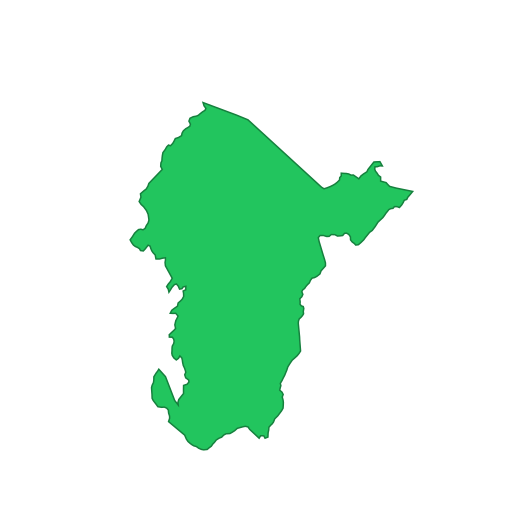 Paramirim, Bahia, Brazil, rotated 56°
{"feature_id": "56859067B35436689677217", "entity_name": "Paramirim", "entity_type": "district", "adm_level": 2, "iso_a3": "BRA", "parent_name": "Brazil", "parent_adm1": "Bahia", "projection": "albers", "projection_center": [-42.216, -13.498], "detail": "fine", "context": "isolated", "style": "filled", "palette": "green", "viewbox_px": 512, "rotation_deg": 56, "n_neighbors": 0, "source": "geoboundaries", "source_scale": "gbopen_adm2", "svg_char_len": 4544}
<svg xmlns="http://www.w3.org/2000/svg" viewBox="0 0 512 512"><g transform="rotate(56 256 256)"><path d="M290.1,90.0L278.0,101.9L273.0,106.3L270.3,106.8L267.9,107.1L265.7,109.0L263.6,110.8L260.2,108.5L257.6,109.4L255.0,109.3L252.4,109.5L250.4,109.0L248.6,107.5L249.8,105.5L250.5,102.9L252.0,100.9L247.1,100.5L245.1,103.8L244.0,105.7L246.2,112.7L246.9,114.8L248.2,117.0L248.1,121.0L248.3,124.2L249.5,127.6L243.3,130.0L242.1,132.0L239.9,133.2L238.1,135.0L236.3,137.4L235.0,139.0L237.3,140.6L237.8,142.7L239.7,144.3L240.3,147.4L240.5,150.2L240.4,152.3L240.0,155.4L239.2,159.0L238.3,162.0L235.7,163.2L138.6,186.5L128.1,193.5L99.2,214.1L102.5,215.1L105.6,215.0L106.7,216.8L106.6,219.8L106.8,222.8L107.1,225.1L106.7,227.2L105.4,230.2L104.9,233.7L106.7,236.2L110.0,236.6L111.4,238.3L111.4,240.7L111.2,243.0L111.6,246.2L112.8,248.6L114.6,250.4L114.4,254.1L113.5,257.2L115.0,259.8L116.1,262.1L116.8,265.2L115.1,266.5L115.6,269.0L117.0,271.8L118.2,275.3L120.3,277.4L122.4,279.2L124.5,280.8L125.6,282.7L128.4,284.9L131.8,285.3L135.9,304.2L137.7,306.6L139.1,309.6L139.2,312.0L139.8,317.0L142.9,318.5L144.2,320.4L145.5,322.4L149.0,322.4L152.3,321.6L154.7,321.5L157.2,321.4L161.1,322.1L163.4,323.2L166.4,324.7L168.4,327.2L169.4,329.8L171.1,332.5L171.1,335.0L169.4,336.5L168.4,338.6L168.7,341.2L169.2,343.9L170.9,347.7L172.2,351.3L175.5,351.6L178.4,351.5L180.7,350.7L182.5,349.5L184.8,348.5L186.9,348.7L188.8,346.6L188.2,343.9L187.4,341.5L186.7,339.4L188.6,338.3L190.9,339.0L193.4,339.5L195.6,339.5L198.8,339.0L202.5,340.6L204.5,337.7L205.5,334.8L206.8,332.1L208.7,333.3L210.5,335.0L213.5,336.6L227.6,337.9L229.4,341.5L230.2,344.4L231.4,347.2L234.5,347.3L237.3,348.4L236.3,346.0L235.0,343.2L234.1,339.6L234.7,337.6L237.6,337.3L240.7,337.9L241.7,335.7L240.9,333.7L241.9,331.1L244.7,333.1L244.3,336.0L246.4,336.9L249.1,338.6L250.6,341.5L251.1,344.1L251.4,346.8L253.7,349.2L253.7,352.6L253.9,356.2L255.5,359.1L257.2,356.9L258.6,354.6L262.2,354.2L263.6,356.5L264.8,358.7L267.7,361.8L271.1,363.2L271.7,365.4L272.1,368.2L272.7,371.9L274.8,373.2L276.5,370.8L278.8,370.7L280.8,371.5L282.5,373.1L283.9,375.8L285.4,377.1L287.8,378.8L289.6,380.2L291.5,381.0L294.6,381.1L297.6,380.2L297.5,377.5L296.3,375.0L299.0,374.5L301.1,375.3L303.1,376.3L306.1,377.5L308.7,377.9L310.7,378.4L313.1,379.2L314.6,381.5L317.7,382.4L321.0,381.2L322.9,382.0L323.8,384.8L322.8,388.4L325.9,390.6L329.5,393.0L330.7,396.9L331.8,400.3L333.7,402.5L336.1,403.8L330.3,404.2L305.4,398.5L295.5,399.9L296.4,401.8L297.2,404.2L299.0,408.2L301.6,410.0L303.6,411.8L305.1,414.4L306.7,416.2L309.6,417.9L312.4,419.5L315.9,421.7L318.2,422.0L320.2,421.9L323.4,421.7L326.1,421.6L328.7,418.8L330.0,416.5L332.2,415.1L334.6,414.8L337.4,416.3L340.2,417.1L342.2,418.3L344.4,421.1L364.6,415.3L368.8,416.1L371.8,416.1L374.8,415.3L376.7,414.6L378.6,413.7L380.6,412.0L383.3,411.0L385.7,409.5L387.4,407.8L389.1,404.6L388.8,402.3L388.7,399.4L387.7,396.9L387.3,394.8L386.3,391.8L386.4,388.4L387.0,385.8L386.4,383.0L386.6,380.3L388.6,376.9L388.8,374.6L388.9,371.4L388.4,367.9L389.4,364.9L390.2,362.5L391.2,360.1L393.2,358.2L396.2,358.2L408.8,355.3L407.6,352.7L409.4,350.1L412.1,350.4L412.8,347.4L409.3,344.8L407.3,342.7L405.2,341.1L404.5,338.4L404.2,336.4L403.4,334.3L401.5,331.6L400.7,327.4L399.5,323.9L398.6,321.3L397.3,318.7L394.9,316.8L392.7,315.2L390.5,314.1L387.6,313.1L386.0,310.9L383.3,310.6L380.5,311.4L378.7,309.5L377.4,307.9L375.2,307.1L373.8,304.1L372.5,301.9L370.9,298.9L369.4,296.7L367.9,294.4L365.7,291.6L364.0,287.8L362.6,284.2L362.2,281.0L361.7,277.6L360.8,274.7L359.7,272.2L350.0,266.7L347.4,265.1L339.3,260.7L335.3,258.5L333.6,257.1L332.3,255.3L332.0,253.0L331.4,250.8L330.5,248.9L328.4,247.8L326.2,245.7L324.3,245.1L322.7,246.3L320.6,246.5L318.8,245.1L315.9,243.6L315.4,240.8L314.0,238.6L311.2,238.0L310.2,236.2L310.1,233.9L309.2,231.8L308.6,229.6L308.1,226.8L306.6,224.5L305.7,221.9L306.6,219.6L306.9,217.0L306.6,213.0L304.7,210.4L303.0,203.9L300.6,202.3L297.5,201.2L292.1,199.6L279.3,195.6L275.6,194.1L274.8,191.5L276.7,188.6L279.2,186.6L280.6,184.5L280.3,181.6L282.5,178.6L285.0,177.3L286.4,174.9L287.5,172.7L286.7,169.9L287.7,168.1L290.1,167.0L292.9,167.0L295.5,168.6L298.2,168.4L300.6,167.5L302.7,167.2L303.9,164.8L303.5,161.4L302.8,157.6L301.8,154.9L300.9,151.9L299.9,148.6L299.8,145.3L298.3,140.9L297.1,138.1L296.2,136.1L295.7,133.2L295.1,129.4L294.2,126.8L293.2,124.4L292.5,122.0L291.8,120.0L292.1,117.8L293.1,115.8L292.5,113.6L294.0,111.4L296.0,110.0L295.2,106.8L294.0,104.1L292.7,101.9L293.4,99.4L292.2,97.4L291.2,93.7L290.1,90.0Z" fill="#22c55e" stroke="#15803d" stroke-width="1.5"/></g></svg>